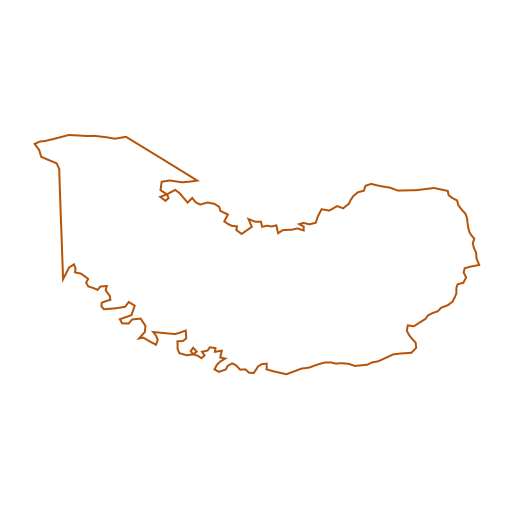 Marmeleiro, Paraná, Brazil (Equal Earth projection), rotated 271°
{"feature_id": "56859067B94130308653150", "entity_name": "Marmeleiro", "entity_type": "district", "adm_level": 2, "iso_a3": "BRA", "parent_name": "Brazil", "parent_adm1": "Paraná", "projection": "equal_earth", "projection_center": [-53.099, -26.246], "detail": "fine", "context": "isolated", "style": "outline", "palette": "amber", "viewbox_px": 512, "rotation_deg": 271, "n_neighbors": 0, "source": "geoboundaries", "source_scale": "gbopen_adm2", "svg_char_len": 2955}
<svg xmlns="http://www.w3.org/2000/svg" viewBox="0 0 512 512"><g transform="rotate(271 256 256)"><path d="M156.6,194.8L155.2,199.6L152.9,203.3L155.7,206.3L159.3,203.7L160.6,209.2L163.9,211.4L163.2,217.1L159.5,216.6L160.7,223.4L153.9,222.0L152.9,227.0L149.8,222.0L146.7,218.9L141.9,216.5L139.5,221.0L142.0,227.7L145.7,229.7L148.2,234.0L146.5,237.8L142.1,242.1L142.4,247.5L139.2,251.0L139.0,255.8L145.7,260.1L148.0,263.8L148.5,268.6L142.8,268.6L140.8,276.3L138.3,288.5L144.2,303.4L145.3,310.9L148.6,319.6L150.7,326.5L150.9,332.5L149.8,337.7L150.3,343.1L149.8,350.6L147.8,356.8L149.3,369.3L151.6,373.9L152.8,379.9L160.1,395.2L161.1,402.9L161.9,413.0L167.1,417.8L172.2,417.1L175.7,413.7L179.1,410.8L183.8,408.1L189.3,409.0L188.5,415.0L192.7,421.4L196.2,426.7L199.5,428.8L202.1,433.6L203.9,438.7L207.5,442.0L210.2,448.8L213.8,453.3L217.7,455.2L222.0,457.0L227.6,456.9L231.2,458.1L232.8,463.7L238.2,466.5L243.2,463.9L247.4,464.9L249.1,470.4L250.9,479.3L257.4,476.5L263.3,476.0L268.0,473.7L272.6,472.5L277.0,474.0L279.7,471.6L283.1,469.2L287.8,467.7L292.4,467.0L297.4,466.3L301.9,464.7L305.7,461.0L310.2,457.5L315.0,456.1L317.6,451.0L320.1,447.6L324.4,446.6L327.1,432.7L324.6,415.1L323.9,396.6L326.7,388.8L327.7,381.3L328.6,376.5L330.1,369.9L328.1,364.2L323.1,362.7L321.5,356.7L317.7,352.4L313.6,349.6L310.0,348.1L305.2,342.3L307.3,336.3L302.7,328.5L303.9,320.7L296.5,317.1L290.3,315.2L288.6,308.9L289.9,302.9L288.6,298.7L286.3,303.2L282.4,303.2L284.3,296.7L282.9,291.4L282.4,282.5L279.2,277.7L287.0,275.8L285.8,271.2L286.5,266.8L285.3,261.6L290.3,260.4L290.3,254.4L292.8,247.9L285.1,251.3L277.8,241.2L281.6,235.9L285.4,236.4L285.6,231.6L287.8,226.9L290.1,223.7L297.0,227.2L300.3,219.8L304.5,218.3L307.4,213.6L308.6,206.6L306.5,199.3L308.6,194.8L312.9,191.2L308.2,186.7L317.8,178.2L320.7,173.9L316.1,165.9L320.1,159.4L324.8,159.9L328.6,160.4L330.0,168.3L328.4,180.9L329.3,189.3L330.4,195.9L350.7,161.7L372.9,123.9L370.8,112.8L372.1,104.6L373.3,92.4L373.0,85.1L373.4,75.8L373.7,66.7L369.6,52.0L367.2,42.6L366.7,38.0L364.2,32.7L358.3,37.3L351.4,39.5L348.7,46.1L346.7,51.3L345.1,55.1L339.4,57.8L332.9,58.0L329.5,58.2L323.2,58.5L316.2,58.9L306.5,59.4L291.0,60.2L282.5,60.7L255.8,62.1L229.4,63.5L241.2,69.3L244.5,74.2L240.2,75.8L236.5,75.3L235.3,81.4L230.2,88.6L226.3,86.6L222.7,88.8L221.5,92.9L219.4,98.3L222.7,100.8L223.4,107.3L219.1,106.3L213.6,110.4L209.6,111.2L208.4,107.0L206.6,102.6L203.0,102.3L200.1,104.9L201.2,116.1L202.9,126.0L207.8,129.6L204.2,135.6L194.7,132.5L190.4,121.0L186.3,123.3L186.3,129.9L190.4,133.3L191.4,141.7L184.2,146.7L178.1,146.2L171.5,140.5L172.4,144.8L169.0,150.8L165.5,157.5L170.4,159.2L174.8,157.3L178.2,154.5L176.5,176.5L178.0,181.3L180.2,187.0L175.6,187.5L172.3,187.6L169.7,184.4L169.3,178.9L165.4,179.2L161.8,179.2L157.5,181.1L155.5,188.8L156.6,194.8ZM316.1,165.9L312.4,167.6L309.6,164.5L313.5,159.2L316.1,165.9ZM156.6,194.8L160.0,192.4L163.1,194.8L159.3,198.4L156.6,194.8Z" fill="none" stroke="#b45309" stroke-width="2"/></g></svg>